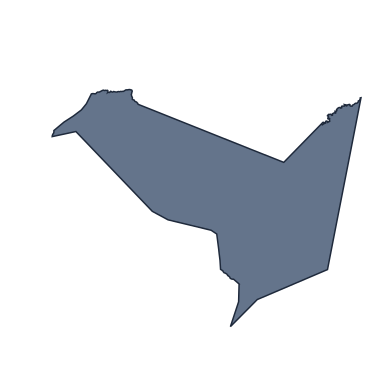 Markham District, Morobe, Papua New Guinea, rotated 101°
{"feature_id": "67681753B75894454378558", "entity_name": "Markham District", "entity_type": "district", "adm_level": 2, "iso_a3": "PNG", "parent_name": "Papua New Guinea", "parent_adm1": "Morobe", "projection": "natural_earth1", "projection_center": [146.054, -6.474], "detail": "fine", "context": "isolated", "style": "filled", "palette": "slate", "viewbox_px": 384, "rotation_deg": 101, "n_neighbors": 0, "source": "geoboundaries", "source_scale": "gbopen_adm2", "svg_char_len": 3444}
<svg xmlns="http://www.w3.org/2000/svg" viewBox="0 0 384 384"><g transform="rotate(101 192 192)"><path d="M262.5,149.2L262.7,148.7L262.9,147.9L263.4,147.3L263.4,146.8L263.7,146.6L264.4,146.0L265.0,145.3L265.2,145.0L265.2,144.3L265.4,143.7L265.7,142.6L266.4,141.5L267.2,141.1L267.1,140.6L267.6,140.0L267.9,139.3L268.5,138.6L269.4,138.0L269.7,137.2L269.9,136.1L269.7,134.5L273.4,128.1L273.5,128.2L290.9,125.3L316.8,128.6L285.1,107.4L242.3,44.2L209.7,44.2L194.7,44.2L123.8,44.1L67.2,44.1L67.5,44.8L68.3,44.7L68.7,44.7L70.2,45.1L70.4,45.3L70.9,46.1L72.2,46.1L72.7,46.4L73.2,46.9L73.6,47.7L73.7,48.5L74.2,49.0L74.9,49.4L76.2,51.1L77.2,51.2L77.4,52.3L77.4,52.9L77.0,53.5L76.3,53.5L76.0,53.9L76.0,54.3L76.8,55.9L77.2,56.3L77.8,56.4L78.0,56.7L77.8,57.1L77.1,57.2L77.1,59.1L78.1,58.3L78.5,58.6L78.5,59.3L78.9,59.9L79.0,61.1L79.4,61.5L80.0,61.4L80.7,61.1L81.3,62.0L80.8,62.9L81.1,63.9L82.2,65.1L83.1,65.5L83.4,65.8L84.4,65.4L84.8,65.5L85.3,65.9L85.3,67.0L85.6,67.0L86.1,66.9L86.9,66.0L87.1,66.1L87.1,67.2L87.5,68.0L88.2,68.8L88.7,69.1L89.3,68.8L89.8,68.8L90.0,69.1L90.1,69.3L89.9,69.7L89.2,70.5L89.3,71.2L89.6,71.6L89.7,72.6L90.0,72.9L90.3,73.0L91.1,73.6L91.4,73.5L91.4,72.7L91.6,72.5L93.4,72.7L94.0,72.7L94.3,72.4L94.3,72.0L94.2,71.8L93.7,71.7L93.5,71.2L93.8,70.8L94.3,70.8L94.7,70.9L95.1,70.9L96.1,70.3L96.3,70.3L96.7,70.7L96.8,71.1L97.7,72.0L97.0,72.4L96.7,72.9L96.7,73.7L97.0,74.1L97.6,74.2L98.1,74.0L98.7,73.9L99.1,74.4L99.0,74.9L98.6,75.4L98.5,76.2L98.7,76.7L98.8,76.9L99.1,76.9L99.2,76.5L99.2,76.0L99.5,75.7L99.8,75.5L100.1,75.8L100.2,76.3L100.5,76.6L100.9,76.6L101.2,76.9L100.9,77.9L100.5,78.0L145.4,107.6L138.8,142.8L126.8,205.9L116.2,261.6L115.5,262.1L115.1,262.4L114.8,263.1L114.3,263.5L114.2,264.0L114.1,264.5L114.0,265.2L113.8,265.5L112.8,266.3L112.7,267.2L112.5,268.2L111.5,268.4L110.5,268.6L109.4,269.6L108.9,269.7L108.3,270.0L107.9,270.2L107.7,270.2L107.2,270.0L106.4,270.1L105.9,270.0L105.5,270.1L105.3,270.0L105.0,269.9L104.7,269.9L104.2,270.1L103.7,270.3L103.6,270.5L103.4,270.8L103.4,271.1L103.4,271.5L103.5,271.8L103.3,272.2L103.3,272.5L103.4,273.0L103.5,273.5L103.7,274.0L103.9,274.4L104.0,274.6L104.1,275.4L104.3,276.0L104.4,276.4L104.7,276.8L105.1,277.2L105.4,277.4L105.6,277.7L105.8,278.0L106.1,278.3L106.3,278.5L106.4,278.9L106.4,279.3L106.6,279.7L106.8,280.1L106.8,280.5L106.8,280.8L106.8,281.1L107.2,281.8L107.4,282.2L107.4,282.8L107.4,283.3L107.6,283.8L107.7,284.1L108.0,284.4L108.2,284.6L108.3,285.7L108.4,286.4L108.4,287.1L108.3,287.7L108.3,288.1L108.4,288.3L108.8,288.5L109.0,288.9L109.2,289.3L109.1,289.6L108.9,290.2L108.7,290.6L108.6,291.0L109.0,291.4L109.4,291.6L109.8,291.6L110.0,291.9L110.1,292.6L110.1,293.2L110.2,293.5L110.5,293.8L109.7,293.7L109.3,293.8L108.7,293.9L108.5,294.0L108.3,294.3L108.4,294.7L108.7,295.3L108.6,296.0L108.7,296.4L108.9,296.8L109.1,297.3L109.1,297.8L108.9,298.1L108.9,298.3L109.2,299.0L109.4,299.4L109.9,299.9L110.3,300.4L110.5,300.7L110.7,300.9L110.8,301.2L111.1,301.4L111.7,302.3L111.8,303.1L111.9,303.6L112.0,303.8L112.4,304.2L112.6,304.5L113.3,304.8L113.7,305.1L114.0,305.5L114.1,306.1L114.2,306.6L114.2,307.3L114.3,308.0L114.4,308.5L114.9,309.3L114.9,309.5L125.5,312.5L129.1,314.4L132.6,316.3L140.1,323.0L147.8,331.0L158.0,339.3L158.9,339.1L159.8,339.0L160.7,339.1L161.7,339.6L163.1,339.9L164.3,339.8L154.8,317.5L218.6,227.2L223.9,210.2L224.8,189.7L225.9,166.0L228.5,159.7L243.3,154.8L246.9,153.7L253.7,151.5L262.5,149.2Z" fill="#64748b" stroke="#1e293b" stroke-width="1.5"/></g></svg>